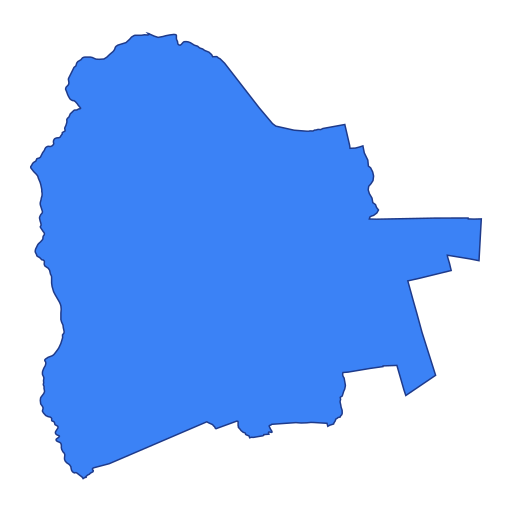 Filipestii De Padure, Prahova, Romania
{"feature_id": "2599482B38308442740550", "entity_name": "Filipestii De Padure", "entity_type": "district", "adm_level": 2, "iso_a3": "ROU", "parent_name": "Romania", "parent_adm1": "Prahova", "projection": "equal_earth", "projection_center": [25.71, 44.993], "detail": "fine", "context": "isolated", "style": "filled", "palette": "blue", "viewbox_px": 512, "rotation_deg": 0, "n_neighbors": 0, "source": "geoboundaries", "source_scale": "gbopen_adm2", "svg_char_len": 5740}
<svg xmlns="http://www.w3.org/2000/svg" viewBox="0 0 512 512"><path d="M82.4,477.4L83.1,478.6L84.7,477.6L86.7,477.2L85.6,476.9L87.5,475.1L89.4,474.2L90.3,473.2L92.9,471.8L93.1,471.4L93.3,470.8L93.1,470.3L92.6,469.9L92.4,468.9L93.3,467.9L109.2,463.7L206.8,421.8L208.6,422.8L212.6,424.6L213.5,425.8L214.6,426.7L215.3,428.2L216.0,428.7L236.8,421.1L237.8,421.3L238.1,421.9L238.1,425.5L238.1,425.8L238.5,426.3L238.3,427.0L238.5,427.5L240.0,429.1L241.0,430.5L243.2,432.3L244.8,432.8L245.3,433.2L245.5,433.5L245.6,434.4L246.2,434.8L249.0,435.9L249.7,437.8L251.2,437.3L253.4,437.4L262.8,435.8L263.7,435.3L263.8,434.6L268.9,434.2L268.5,432.9L268.5,432.3L268.7,432.1L269.7,432.0L271.4,432.4L272.0,432.1L271.9,431.3L270.5,429.1L269.2,426.3L269.2,425.8L269.5,425.5L271.1,424.9L271.7,424.3L295.9,422.6L301.1,423.0L306.8,422.8L310.9,422.4L313.9,422.5L327.0,423.3L327.8,426.3L329.8,425.2L333.6,424.0L334.0,422.8L335.3,420.8L335.7,419.2L337.2,418.3L337.9,417.6L340.2,417.0L340.8,415.6L341.7,414.8L342.1,413.7L342.2,412.9L342.1,410.2L341.1,407.2L340.7,404.7L340.1,402.1L340.1,401.3L340.6,399.4L340.2,397.4L340.5,397.0L341.8,396.4L342.3,395.8L343.7,391.3L344.7,389.1L345.3,386.2L345.4,385.3L344.1,378.0L343.2,376.6L342.7,375.1L342.7,373.5L343.0,372.5L348.1,372.1L370.2,368.4L383.0,366.6L383.1,365.9L396.9,365.4L403.9,389.8L405.8,395.5L435.6,375.3L422.0,332.3L416.8,313.2L413.3,300.9L407.8,280.9L420.6,278.0L451.2,270.5L449.5,263.4L447.6,257.0L447.3,255.2L469.9,258.9L479.0,260.7L481.3,218.9L473.8,219.1L468.2,218.9L468.1,218.0L434.4,218.1L376.4,219.2L369.3,219.0L369.8,217.1L371.3,216.1L373.6,215.4L376.8,213.0L378.5,210.0L376.5,207.4L375.5,204.6L372.8,202.6L372.0,198.1L369.4,193.7L368.2,189.9L368.7,186.3L371.0,183.7L373.0,180.6L373.6,176.1L372.7,172.0L370.6,167.8L368.4,166.1L367.8,160.1L364.3,152.9L362.9,145.9L359.5,147.0L355.3,148.1L350.0,148.3L349.6,145.2L344.8,124.5L322.9,128.5L320.7,129.6L318.0,129.4L316.1,130.0L314.6,130.1L312.9,131.0L309.9,130.9L309.0,131.2L306.8,131.2L294.1,130.2L275.8,126.1L272.5,123.6L259.1,107.7L224.6,63.2L220.3,59.0L219.8,58.6L218.3,57.9L217.5,57.1L216.7,56.6L212.6,56.7L211.7,54.7L209.0,52.2L204.6,50.4L202.7,49.0L199.8,48.0L199.2,47.6L197.6,46.2L194.4,45.2L190.4,42.7L188.3,41.9L186.2,41.6L184.1,41.7L183.1,42.4L181.3,44.4L180.4,45.1L179.5,45.1L178.9,44.9L178.0,44.1L177.8,43.6L177.5,41.5L176.6,39.6L176.4,38.6L176.4,35.5L175.9,34.7L174.0,34.4L170.0,34.9L165.8,35.7L163.0,36.5L158.1,37.4L154.2,36.1L149.9,34.2L149.1,33.7L148.0,33.4L148.8,34.2L148.8,34.6L147.8,35.0L144.4,34.8L141.3,35.3L134.9,35.3L134.0,35.6L131.5,37.1L129.7,39.2L126.0,42.6L117.9,45.1L116.1,46.3L115.3,47.3L114.8,48.9L114.0,50.4L113.0,51.6L109.7,54.4L106.8,57.2L103.9,59.0L99.4,59.3L96.5,59.2L95.4,58.9L92.3,57.5L90.4,57.1L85.0,57.1L84.0,57.2L82.6,57.8L82.0,58.4L81.0,59.7L77.8,61.6L76.7,63.1L75.9,65.9L74.0,67.4L72.1,71.3L68.6,78.3L68.4,79.0L68.4,79.6L68.9,82.5L68.7,84.1L68.1,85.1L66.1,87.2L65.7,88.3L65.6,89.3L66.7,91.9L67.6,94.5L68.6,96.6L69.9,98.8L70.8,99.6L72.0,100.3L73.1,100.7L73.9,100.6L75.3,101.6L77.3,103.8L78.1,105.1L80.5,107.9L80.6,108.3L80.2,108.7L78.5,109.0L76.8,110.0L74.5,110.1L73.9,110.4L70.3,113.8L69.0,116.9L67.5,118.3L67.0,119.1L66.8,119.6L66.9,121.5L66.8,122.5L65.9,125.5L65.0,127.3L64.7,128.3L65.1,130.3L64.9,131.1L62.4,132.5L62.2,132.9L62.2,133.8L62.1,134.2L61.0,135.6L60.3,136.9L59.7,137.4L58.4,137.8L57.4,137.8L56.3,138.0L55.1,138.5L54.5,138.9L53.7,140.2L53.5,140.9L53.4,142.0L53.7,143.3L53.7,143.8L53.4,144.5L52.3,145.7L51.0,146.4L50.0,146.5L48.6,146.3L47.7,146.4L46.6,146.9L45.7,147.6L45.0,148.7L44.4,150.3L42.7,152.6L40.4,157.2L39.2,158.0L37.7,158.4L36.8,158.8L35.8,161.1L33.5,162.5L32.6,163.5L31.6,165.4L30.8,166.5L30.7,167.1L30.9,168.0L31.3,168.5L33.7,171.6L36.2,174.1L37.7,176.0L38.4,178.3L40.1,182.3L40.8,184.7L41.8,189.6L41.8,191.6L42.1,193.1L42.1,194.3L42.0,195.8L41.3,198.1L41.1,199.5L40.3,202.4L40.2,203.9L40.4,205.1L42.4,211.4L42.4,212.2L42.1,213.1L40.8,214.6L40.1,216.0L39.6,217.2L39.5,218.0L40.1,220.8L40.8,223.1L41.1,224.7L41.0,225.5L40.3,226.7L40.5,227.5L43.2,231.6L44.0,232.5L44.4,233.5L44.3,234.7L43.3,236.0L43.0,237.0L42.9,238.7L42.6,239.5L40.6,241.8L38.5,243.7L37.7,244.8L35.6,249.1L35.3,250.4L35.2,251.6L35.4,252.4L36.5,254.5L36.8,255.6L37.2,256.2L39.7,257.6L41.7,259.7L42.1,259.9L43.0,259.9L44.0,260.6L44.4,261.5L44.2,264.0L44.4,264.9L44.9,266.0L48.3,268.3L49.6,270.3L50.5,274.2L51.3,275.7L51.5,276.3L51.6,277.6L51.6,283.0L52.1,286.5L53.6,291.7L55.2,294.8L59.4,302.0L60.3,304.0L60.9,306.0L61.2,309.4L60.9,312.9L60.9,319.6L61.5,321.8L63.0,325.2L63.3,327.8L64.1,331.3L64.1,332.2L63.9,333.1L62.5,334.9L62.6,337.8L60.8,343.6L58.8,347.9L57.6,349.7L54.5,353.8L53.5,354.9L51.9,355.9L48.1,357.3L45.4,359.1L44.8,359.9L44.8,360.8L45.5,361.6L45.6,362.0L45.8,363.0L45.8,363.6L45.3,365.6L43.8,368.2L43.1,370.0L42.6,371.3L42.4,372.9L42.5,374.6L43.5,376.6L43.9,378.0L43.5,380.7L43.7,382.9L43.4,383.8L43.3,384.5L43.5,385.3L43.9,386.0L44.1,386.8L44.0,388.3L44.5,390.9L44.5,391.8L43.7,393.6L41.2,396.9L40.6,397.9L40.3,400.4L40.7,403.9L42.4,406.3L43.0,407.5L43.0,408.7L42.4,411.0L42.6,411.5L43.5,413.0L45.7,415.5L48.0,416.6L50.3,417.1L51.2,417.8L51.7,418.6L51.6,420.0L51.8,420.7L52.3,421.1L53.4,421.4L54.2,422.1L54.5,422.7L54.8,424.1L55.1,424.7L57.7,426.2L58.0,426.9L57.9,428.0L55.6,431.6L55.4,432.3L55.4,433.0L55.8,433.9L56.4,434.5L57.4,435.1L59.0,435.7L59.4,436.1L59.4,436.4L58.7,437.3L56.3,439.1L56.1,439.6L56.1,440.0L56.5,440.8L57.4,441.4L60.0,442.5L60.7,443.2L61.3,444.5L61.2,444.7L61.4,445.8L61.3,447.6L61.7,449.4L63.0,451.9L64.1,453.0L64.7,454.3L64.8,455.2L64.5,457.9L64.5,459.1L65.1,460.9L66.6,462.7L69.0,464.3L69.9,465.2L70.9,466.8L71.0,467.9L71.5,470.1L72.1,471.2L72.7,471.9L73.6,472.6L74.1,472.6L74.4,472.9L75.9,472.6L76.7,472.9L81.5,476.6L82.4,477.4Z" fill="#3b82f6" stroke="#1e3a8a" stroke-width="1.5"/></svg>